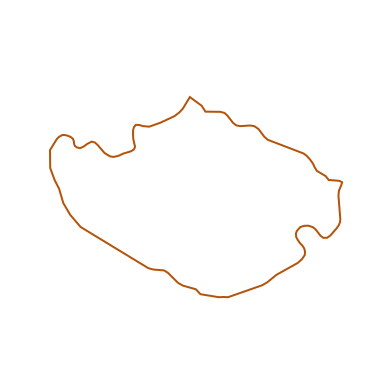 SVG path tracing the border of Tizi Ouzou, rotated 29°
{"feature_id": "DZA-2197", "entity_name": "Tizi Ouzou", "entity_type": "Province", "adm_level": 1, "iso_a3": "DZA", "parent_name": "Algeria", "parent_adm1": "", "projection": "mercator", "projection_center": [4.213, 36.689], "detail": "fine", "context": "isolated", "style": "outline", "palette": "amber", "viewbox_px": 384, "rotation_deg": 29, "n_neighbors": 0, "source": "natural_earth", "source_scale": "10m", "svg_char_len": 1485}
<svg xmlns="http://www.w3.org/2000/svg" viewBox="0 0 384 384"><g transform="rotate(29 192 192)"><path d="M144.1,110.0L158.7,111.9L164.8,115.2L178.0,108.1L182.1,107.1L185.9,108.0L194.0,111.5L198.2,112.3L202.1,111.1L210.5,105.7L214.5,104.2L219.7,104.7L228.4,108.6L232.9,109.6L271.0,104.2L274.9,104.8L279.6,106.4L284.2,108.6L287.2,110.9L291.0,113.0L301.2,113.3L305.7,115.2L315.5,110.8L318.6,110.7L319.2,113.4L319.9,119.7L321.8,124.1L334.8,143.7L336.1,146.7L336.5,150.1L336.0,154.2L334.1,162.9L332.3,166.6L329.1,168.4L325.7,168.0L318.0,164.7L314.6,164.2L310.3,165.0L306.6,167.1L303.7,170.2L302.6,175.2L303.0,177.9L305.0,180.9L308.0,182.8L311.3,184.4L314.5,185.4L317.3,186.8L319.6,189.1L321.2,192.4L320.7,197.6L318.8,202.9L306.0,223.5L301.6,234.5L298.6,239.5L275.1,265.9L273.9,266.9L270.9,268.3L266.5,271.0L248.9,277.3L242.6,275.2L229.4,278.3L223.7,278.2L210.3,274.4L205.7,274.1L195.6,278.6L190.6,279.8L111.5,276.6L96.5,271.0L84.7,264.0L74.3,253.7L66.0,248.1L56.4,239.8L47.5,224.2L48.1,211.1L48.9,208.3L51.0,205.0L53.3,203.8L56.0,203.0L58.9,202.7L61.8,203.1L63.9,204.7L65.3,206.8L67.0,208.4L69.7,208.8L72.8,208.0L75.3,204.6L77.0,200.8L79.9,196.5L83.1,195.8L86.6,196.6L96.6,200.3L102.9,200.6L106.5,199.3L110.3,195.8L113.3,191.7L118.7,186.2L120.6,183.0L120.3,180.1L115.0,174.2L112.3,169.9L110.5,166.5L109.8,163.6L110.3,160.5L113.3,159.0L117.5,158.0L122.9,155.6L130.7,146.8L139.9,134.1L142.3,128.7L143.6,123.4L144.0,112.2L144.1,110.0Z" fill="none" stroke="#b45309" stroke-width="2"/></g></svg>